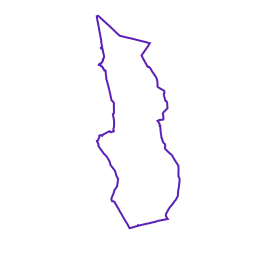 outline of Adancata, Suceava, Romania, rotated 203°
{"feature_id": "2599482B17413063998291", "entity_name": "Adancata", "entity_type": "district", "adm_level": 2, "iso_a3": "ROU", "parent_name": "Romania", "parent_adm1": "Suceava", "projection": "mercator", "projection_center": [26.302, 47.737], "detail": "fine", "context": "isolated", "style": "outline", "palette": "violet", "viewbox_px": 256, "rotation_deg": 203, "n_neighbors": 0, "source": "geoboundaries", "source_scale": "gbopen_adm2", "svg_char_len": 5562}
<svg xmlns="http://www.w3.org/2000/svg" viewBox="0 0 256 256"><g transform="rotate(203 128 128)"><path d="M146.6,213.8L149.0,213.4L150.0,213.2L150.8,213.1L157.4,212.1L160.4,211.6L161.9,211.3L163.4,211.0L166.6,210.5L167.7,210.3L168.5,210.2L170.6,209.8L171.6,209.7L175.5,211.0L178.1,212.0L178.5,212.2L179.3,212.5L180.9,213.1L183.4,214.0L184.0,214.3L186.9,215.3L189.3,216.1L199.2,219.6L199.4,219.6L199.6,219.3L199.8,219.0L200.1,218.8L200.4,218.6L198.6,215.7L197.7,214.4L196.7,212.9L195.4,211.0L194.6,209.8L193.3,207.8L191.6,205.2L191.2,204.6L190.7,203.8L190.1,202.9L189.5,202.1L188.4,200.4L187.9,199.5L187.0,198.3L186.6,197.6L186.5,197.4L186.5,197.1L186.4,197.0L186.0,196.4L184.9,194.6L183.8,193.2L183.4,192.4L183.8,192.1L184.0,191.9L184.2,191.6L184.3,191.5L184.4,191.3L184.4,191.2L184.0,190.9L183.9,190.7L183.7,190.7L183.3,190.7L182.8,190.8L182.6,191.0L182.3,190.9L182.2,190.7L181.9,190.0L181.5,189.6L180.9,188.6L179.7,186.9L178.7,185.7L177.8,184.1L177.6,183.5L177.6,183.3L177.7,182.8L177.7,182.5L177.8,182.2L177.9,181.9L178.0,181.6L177.9,181.3L177.9,181.1L177.6,180.9L177.4,180.8L177.4,180.5L177.5,180.2L177.4,179.9L177.4,179.7L177.4,179.4L177.6,179.2L177.6,178.7L177.8,178.3L177.9,178.2L178.0,177.9L178.0,177.6L178.0,177.4L177.8,177.2L177.7,176.9L177.8,176.8L178.0,176.7L178.4,176.5L178.8,176.3L179.1,176.0L179.3,175.6L179.5,175.4L179.6,175.0L179.5,174.6L179.1,174.7L178.4,174.8L177.8,174.8L177.6,174.7L176.8,174.4L176.4,174.4L176.2,174.4L176.2,174.2L175.7,174.2L175.0,173.9L174.7,173.8L174.5,173.6L174.4,173.3L174.2,173.0L173.8,172.8L173.5,172.6L173.0,172.5L172.7,172.5L172.4,172.3L172.4,172.2L172.3,171.7L172.0,171.6L171.9,171.6L171.4,171.9L171.1,172.0L170.7,171.3L170.2,170.5L169.8,169.5L168.7,167.6L168.1,166.7L167.5,165.6L167.2,164.7L166.9,164.2L166.3,163.8L161.8,158.0L157.4,152.0L155.6,149.3L154.0,147.1L152.4,146.5L151.2,145.9L150.6,145.3L150.5,144.7L149.8,143.2L148.6,140.4L146.7,136.1L147.4,134.9L145.1,131.5L144.3,130.2L143.5,128.8L142.3,126.1L141.3,123.5L141.0,121.3L140.5,120.0L140.0,119.9L139.8,119.3L140.5,118.8L142.2,117.3L142.6,117.4L143.5,117.9L144.0,117.6L146.5,114.5L148.3,112.4L148.7,110.7L149.7,111.1L150.5,110.6L151.1,110.2L151.5,109.6L150.8,108.5L150.7,108.1L150.7,107.7L151.0,107.0L151.0,106.4L150.9,105.8L150.7,104.9L151.6,103.9L151.1,103.3L149.0,101.8L148.7,101.4L148.4,100.1L147.7,99.5L143.9,97.2L140.5,95.1L138.8,94.4L136.3,93.3L132.5,90.5L131.1,89.2L130.4,88.1L129.5,87.0L127.3,85.8L124.3,84.1L123.2,83.4L122.2,82.3L120.2,79.7L119.0,78.6L117.2,77.3L115.3,70.0L116.2,65.5L115.8,62.8L115.7,56.5L115.6,56.2L115.0,55.5L114.9,55.4L114.7,55.2L114.5,54.8L114.3,54.6L114.1,54.4L113.9,54.4L113.5,54.6L113.4,54.6L113.2,54.7L112.8,54.7L112.4,54.7L112.1,54.6L111.8,54.7L111.5,54.7L111.2,54.5L110.8,54.2L110.4,53.7L109.9,53.3L109.2,52.9L108.6,52.4L108.2,52.1L107.9,51.9L107.6,51.6L107.2,51.3L106.7,51.0L106.4,50.8L105.9,50.5L105.7,50.3L105.5,50.1L105.3,50.0L104.5,49.4L104.1,49.0L103.2,48.3L102.3,47.6L101.9,47.3L100.8,46.5L100.0,45.9L99.5,45.6L99.1,45.2L98.2,44.5L97.9,44.3L97.3,43.8L96.9,43.5L94.6,41.8L91.4,39.6L87.4,36.4L86.8,36.8L86.3,37.2L86.0,37.5L85.6,37.8L85.2,38.1L84.5,38.6L84.2,38.8L83.9,39.1L83.2,39.8L82.9,40.0L82.0,40.7L81.7,41.0L81.3,41.2L80.4,41.9L80.6,42.3L80.4,42.3L80.2,42.4L80.1,42.5L79.5,42.8L79.3,43.0L79.1,43.1L78.8,43.2L78.7,43.2L78.2,43.6L77.8,43.9L77.3,44.3L76.9,44.7L76.4,45.0L75.9,45.3L75.7,45.5L75.4,45.7L75.1,45.9L74.6,46.3L74.2,46.6L73.7,46.9L73.2,47.3L72.6,47.6L72.1,48.0L71.6,48.4L71.1,48.8L70.5,49.2L70.0,49.6L69.4,50.0L68.9,50.4L68.4,50.8L67.8,51.2L67.3,51.6L66.7,52.0L66.1,52.4L65.6,52.9L65.1,53.3L64.7,53.7L64.5,53.9L64.2,54.2L63.7,54.5L62.5,55.3L62.0,55.6L61.4,56.0L60.8,56.4L60.3,56.8L59.7,57.1L59.1,57.5L58.6,57.9L58.0,58.3L57.5,58.7L56.9,59.1L56.4,59.5L56.2,59.6L55.9,59.8L56.7,60.2L57.0,60.4L57.3,60.7L57.7,61.0L58.2,61.4L58.5,61.6L59.1,62.4L59.2,63.1L59.4,63.9L59.2,65.8L59.0,68.4L58.7,70.0L58.4,71.8L58.0,72.9L57.5,74.7L56.9,76.7L56.7,78.1L56.6,78.8L56.3,79.4L56.0,80.2L55.8,82.2L55.6,84.1L55.6,84.5L55.7,85.0L55.8,85.7L56.4,87.0L56.7,87.9L56.8,88.7L57.4,89.8L57.5,90.4L57.7,91.6L58.0,93.3L58.7,95.5L59.0,96.3L59.6,98.6L59.7,98.9L60.0,99.5L60.4,100.8L60.8,101.5L61.2,102.0L61.5,102.3L62.3,102.9L62.7,103.3L62.9,103.8L63.4,104.9L63.8,105.8L64.6,107.6L65.0,109.1L65.7,110.5L66.5,112.1L66.8,112.9L67.4,113.3L68.5,114.1L70.1,115.1L71.4,116.0L73.0,117.2L74.7,118.4L76.5,119.8L77.3,120.3L77.7,120.4L78.1,120.5L78.4,120.5L78.8,120.7L80.8,121.4L82.6,122.1L84.3,122.8L85.4,123.1L86.0,123.7L86.6,125.1L86.7,125.5L86.7,126.1L87.1,126.9L87.8,127.6L88.0,127.8L88.7,127.9L89.3,128.1L89.6,128.4L90.0,128.9L90.4,129.1L91.0,129.4L91.5,129.9L91.8,130.5L92.0,130.8L92.0,131.1L92.6,131.6L93.0,131.9L93.5,132.1L93.7,132.6L94.0,133.4L95.4,135.5L96.9,138.1L99.2,142.6L99.6,142.3L100.8,144.3L102.5,145.6L103.6,146.1L103.0,146.8L102.1,147.8L101.1,148.2L98.8,149.6L99.1,150.6L99.4,151.2L99.9,152.3L100.4,153.1L100.9,153.8L101.5,154.6L101.5,154.8L101.5,155.6L101.4,156.4L100.8,158.0L99.8,160.5L99.4,161.8L99.6,162.0L102.0,166.9L102.9,167.5L103.5,167.7L103.8,167.7L104.1,167.6L104.3,167.8L107.0,171.2L108.0,172.6L108.5,173.6L108.4,173.9L108.1,174.4L109.1,176.3L111.1,176.6L114.8,177.1L116.4,177.3L116.9,177.5L117.5,178.7L118.2,180.6L118.8,181.6L119.9,183.4L120.4,184.1L122.0,185.7L124.0,187.0L126.3,188.5L127.5,189.2L130.2,191.3L131.0,191.8L132.1,192.2L132.5,192.5L132.9,192.2L133.3,192.0L133.7,192.0L134.4,192.5L137.1,194.6L140.3,197.1L143.9,200.0L141.4,211.8L141.1,214.6L141.7,214.4L142.3,214.2L142.9,214.2L143.6,214.3L144.7,214.1L145.2,214.0L145.6,214.0L146.6,213.8Z" fill="none" stroke="#5b21b6" stroke-width="2"/></g></svg>